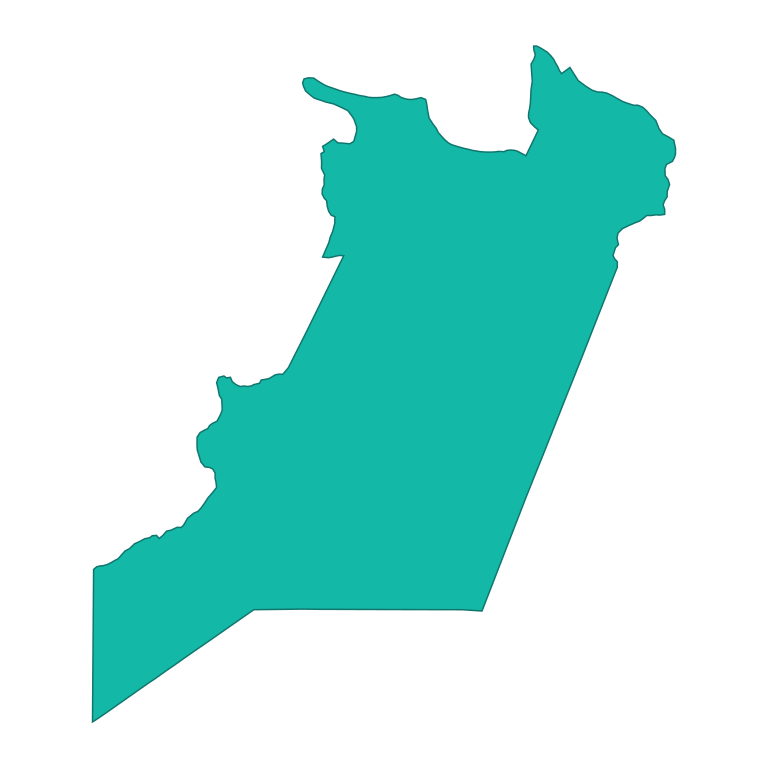 Tutóia, Maranhão, Brazil
{"feature_id": "56859067B80807231279111", "entity_name": "Tutóia", "entity_type": "district", "adm_level": 2, "iso_a3": "BRA", "parent_name": "Brazil", "parent_adm1": "Maranhão", "projection": "equal_earth", "projection_center": [-42.396, -2.926], "detail": "fine", "context": "isolated", "style": "filled", "palette": "teal", "viewbox_px": 768, "rotation_deg": 0, "n_neighbors": 0, "source": "geoboundaries", "source_scale": "gbopen_adm2", "svg_char_len": 3588}
<svg xmlns="http://www.w3.org/2000/svg" viewBox="0 0 768 768"><path d="M675.5,154.0L675.5,148.5L673.8,140.2L668.2,136.8L662.5,133.8L659.0,128.6L655.8,120.5L649.6,114.3L646.9,111.1L642.8,107.3L637.9,105.2L633.8,105.3L625.8,102.7L622.5,101.4L617.0,98.4L612.0,95.5L606.8,93.1L601.9,92.1L597.6,92.0L592.1,90.2L585.9,86.3L580.8,82.5L578.2,80.6L569.9,67.5L561.6,73.6L559.4,70.6L557.8,66.8L555.7,63.3L553.6,59.2L551.0,56.0L547.3,52.2L543.2,49.6L540.0,47.7L536.7,46.1L533.7,46.1L533.9,50.0L535.3,55.0L533.9,59.2L531.1,64.1L531.4,69.0L532.3,81.3L531.7,85.1L531.0,90.0L530.7,97.0L530.4,102.4L529.8,107.7L528.6,113.1L528.5,117.5L530.4,122.6L534.6,126.9L538.3,130.0L526.0,155.7L521.4,153.3L517.8,151.4L514.7,150.4L510.6,150.0L506.8,150.4L504.0,151.7L498.3,151.4L495.3,151.9L491.3,152.1L487.1,152.1L483.0,151.9L479.9,151.6L476.4,151.0L472.5,150.4L468.3,149.3L463.8,148.3L459.1,147.0L454.1,145.5L451.2,144.5L448.5,143.0L444.8,139.8L441.3,136.0L438.3,132.6L436.3,128.4L433.0,124.1L429.1,118.1L427.8,111.5L426.7,104.2L425.7,99.5L421.0,97.6L415.8,98.9L411.5,99.5L407.7,99.3L404.2,98.5L401.0,97.4L398.0,95.3L394.5,94.2L389.8,95.7L385.6,96.7L381.6,97.4L376.9,97.6L372.4,97.6L368.6,97.3L364.6,96.3L359.4,95.5L355.1,94.4L351.3,93.6L348.1,92.9L343.5,91.7L339.7,90.6L335.5,89.1L331.2,87.6L328.1,86.6L324.7,85.1L320.8,82.8L317.7,80.9L313.8,78.1L308.3,77.8L304.0,79.0L302.6,82.9L303.6,86.6L305.6,91.0L310.6,95.3L314.1,98.0L317.6,99.3L321.5,100.5L325.3,101.9L330.2,103.1L333.6,103.9L338.9,106.3L347.7,110.5L351.6,115.6L353.9,119.0L356.6,126.7L356.6,131.4L353.8,141.3L349.9,143.8L341.2,143.0L337.9,142.9L333.6,139.1L330.2,141.5L325.9,144.4L322.6,146.4L324.3,151.6L321.0,153.6L321.6,161.7L321.5,168.4L324.7,175.0L324.0,179.3L324.2,184.9L322.4,189.0L322.1,193.8L324.2,198.1L326.6,200.7L327.3,206.6L328.7,211.3L331.2,215.2L334.9,216.7L334.8,223.3L332.7,231.4L330.3,237.0L328.8,242.8L326.3,248.4L322.6,257.1L328.7,257.7L333.0,256.9L336.1,256.1L339.9,255.4L343.7,255.8L306.5,331.7L288.3,367.8L282.8,374.3L279.0,374.1L274.9,375.0L269.5,378.4L265.5,379.3L261.2,380.0L259.6,383.2L253.8,384.6L251.1,386.0L247.4,386.5L244.5,386.0L240.0,386.5L236.1,384.7L232.3,381.7L230.4,377.3L226.5,377.9L223.9,376.0L218.7,377.4L216.6,382.7L218.1,388.8L219.3,395.3L221.7,399.3L222.0,404.1L222.2,410.3L220.4,414.8L217.0,421.2L212.6,423.3L209.6,425.5L207.8,428.6L203.8,430.5L200.1,432.6L197.1,437.1L197.0,445.0L197.3,450.1L199.0,455.6L200.9,462.0L204.9,466.9L209.0,467.3L212.7,468.9L215.1,473.0L215.1,478.0L216.0,482.3L216.6,487.4L212.5,492.7L208.2,497.5L204.3,503.5L200.8,508.3L197.9,511.4L193.7,513.2L187.7,518.1L183.5,525.3L181.0,527.5L177.2,527.3L170.9,530.2L166.6,531.1L162.9,535.4L159.2,538.5L156.5,535.4L152.3,535.7L149.6,537.8L144.8,538.7L138.6,542.0L134.5,543.8L129.7,548.5L125.0,551.0L118.1,558.8L114.5,560.6L111.0,562.7L107.1,564.6L103.0,565.7L99.7,566.0L96.7,566.8L93.6,569.4L92.5,721.9L95.6,720.0L104.3,714.1L148.7,682.9L155.5,678.4L165.8,671.0L175.0,664.7L185.1,657.5L188.9,654.9L193.4,651.7L205.5,643.4L253.8,609.7L302.3,609.1L320.4,609.3L381.2,609.5L462.1,609.7L482.0,611.0L525.5,498.7L534.0,477.4L545.2,449.6L565.0,399.6L570.8,385.1L573.4,378.6L582.2,356.5L596.5,320.0L614.9,273.2L617.3,267.3L617.3,261.8L614.8,259.0L613.0,255.6L614.2,251.6L615.6,247.5L618.4,244.8L617.0,237.8L618.0,233.1L622.5,228.6L628.5,225.7L634.3,223.1L639.8,221.0L643.0,218.6L646.7,215.5L651.1,215.5L656.2,214.8L659.5,215.1L664.7,214.4L664.7,209.5L663.1,204.7L664.7,200.6L667.1,196.9L667.2,191.5L669.6,184.5L668.0,179.5L665.2,175.8L664.9,168.8L666.5,164.4L672.4,161.4L674.4,157.6L675.5,154.0Z" fill="#14b8a6" stroke="#0f766e" stroke-width="1.5"/></svg>